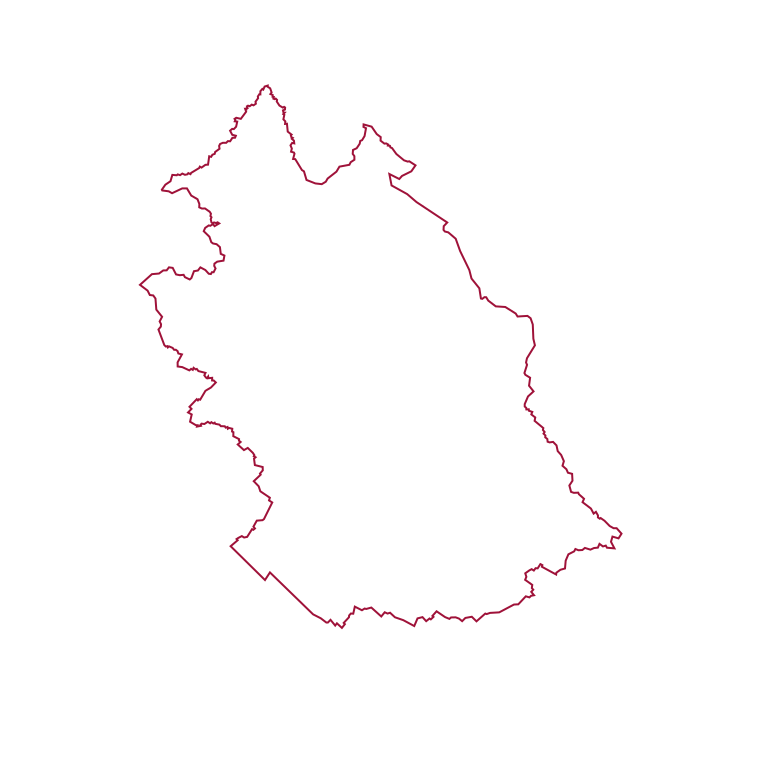 the district of Ban Khai, Rayong, Thailand, rotated 289°
{"feature_id": "78962969B77323566799689", "entity_name": "Ban Khai", "entity_type": "district", "adm_level": 2, "iso_a3": "THA", "parent_name": "Thailand", "parent_adm1": "Rayong", "projection": "natural_earth1", "projection_center": [101.382, 12.833], "detail": "fine", "context": "isolated", "style": "outline", "palette": "rose", "viewbox_px": 768, "rotation_deg": 289, "n_neighbors": 0, "source": "geoboundaries", "source_scale": "gbopen_adm2", "svg_char_len": 6166}
<svg xmlns="http://www.w3.org/2000/svg" viewBox="0 0 768 768"><g transform="rotate(289 384 384)"><path d="M609.7,314.8L609.8,313.0L611.1,312.1L610.7,310.0L611.8,310.0L612.2,307.8L611.4,306.1L613.0,301.5L616.4,300.5L617.9,295.8L623.3,288.5L622.8,280.2L620.4,280.9L620.0,283.7L612.1,284.9L607.4,283.9L606.1,282.4L603.2,282.8L598.0,281.4L595.2,278.5L591.4,279.5L589.8,281.8L586.4,283.0L582.9,280.3L580.0,279.9L575.0,271.1L569.3,269.9L559.9,263.8L556.3,263.1L552.7,260.1L551.3,253.8L551.7,244.3L559.0,239.1L559.6,236.7L567.7,226.9L567.2,224.8L572.6,224.4L573.5,223.5L573.4,220.5L576.6,220.2L579.2,217.9L582.1,218.7L582.3,220.8L584.8,219.6L585.8,217.0L587.0,217.6L587.2,216.1L588.9,214.9L589.7,215.4L591.3,210.8L598.5,207.5L597.7,205.8L600.2,205.2L601.5,202.7L606.1,202.1L606.4,200.9L608.2,201.7L607.9,200.6L609.8,199.4L611.3,201.0L613.2,200.5L613.5,199.3L612.4,198.4L613.2,194.5L616.2,190.6L617.8,190.4L618.6,188.7L617.7,187.8L617.8,186.5L619.5,186.4L619.3,185.1L621.0,184.7L621.2,182.2L623.1,182.8L626.5,180.1L627.2,177.2L628.3,176.9L626.4,174.3L623.1,174.0L623.4,172.9L620.6,171.8L617.6,172.8L617.4,171.8L614.8,171.1L613.2,171.9L609.1,170.6L607.3,171.6L605.0,169.9L605.1,168.0L602.9,166.6L602.9,164.8L601.9,164.0L600.5,165.1L600.0,164.2L599.1,164.5L598.9,163.2L596.6,165.0L588.1,162.3L587.6,157.6L586.0,156.4L585.3,157.5L583.8,157.4L584.3,159.8L579.1,160.4L576.1,159.0L575.8,157.4L573.4,156.0L570.2,159.4L570.5,163.1L568.4,163.0L567.4,160.5L563.4,159.5L562.8,157.3L560.7,156.3L559.6,153.1L557.6,150.9L555.4,150.6L552.9,151.9L548.4,148.8L546.5,149.0L544.9,147.1L542.5,146.6L542.4,144.6L534.1,146.2L533.1,143.8L529.2,141.0L529.6,139.1L528.0,138.9L520.8,132.9L519.4,132.7L519.7,130.3L518.3,129.9L517.0,127.7L517.3,124.8L515.1,123.2L515.0,120.7L513.9,120.1L512.8,115.8L506.2,116.1L501.3,112.4L495.4,110.7L494.8,111.3L496.1,117.7L495.4,121.5L503.3,129.6L504.8,134.0L499.4,140.4L498.0,147.5L494.1,150.8L490.9,151.8L490.6,154.7L491.7,157.6L490.1,163.1L488.7,164.9L486.3,165.2L485.5,166.6L483.4,166.5L480.7,168.2L480.0,169.9L481.4,170.7L481.5,172.8L482.7,174.0L482.2,175.9L478.1,172.4L479.5,170.3L477.0,168.2L476.9,166.7L473.4,164.1L469.8,163.8L466.4,171.0L461.9,174.5L461.2,176.6L461.7,180.2L460.0,184.3L453.9,187.3L453.5,191.3L448.4,192.1L445.4,186.5L442.6,184.5L440.4,185.0L438.4,187.1L434.2,186.5L433.7,184.9L431.6,184.5L431.2,182.4L433.6,178.0L434.5,172.4L430.7,171.1L428.8,167.6L421.5,167.4L419.6,166.3L420.2,161.0L422.0,159.0L420.4,155.5L419.9,151.7L425.0,146.4L424.3,142.7L420.7,141.5L419.5,138.3L415.2,135.3L412.3,128.8L398.3,121.0L395.3,130.1L391.9,133.6L392.6,137.0L390.4,140.1L380.2,144.5L375.3,152.3L370.1,151.5L368.0,153.7L365.6,154.3L362.1,153.0L349.3,163.6L348.4,165.5L349.2,166.7L348.2,167.7L349.6,168.4L349.3,172.4L348.0,174.4L348.6,176.0L347.9,178.1L345.9,179.6L346.2,183.3L337.3,181.8L333.4,183.2L334.3,187.8L333.5,195.5L335.5,196.7L335.1,198.6L337.3,198.7L336.5,201.1L337.3,202.1L335.8,204.3L336.4,211.6L333.7,211.3L332.1,213.6L331.8,214.7L333.8,215.3L332.3,216.1L333.9,219.5L331.4,220.3L331.9,221.8L330.7,224.5L324.3,221.5L319.5,217.4L309.3,215.3L309.3,213.9L307.9,213.4L308.7,211.9L299.1,207.5L297.8,210.1L293.3,208.0L292.6,212.1L285.2,212.9L283.8,219.6L284.3,221.1L282.9,221.1L284.9,224.6L285.7,223.8L287.1,224.4L287.7,227.2L290.9,229.7L290.2,232.4L291.7,233.2L291.1,235.4L292.3,236.5L291.4,237.4L292.0,241.6L291.0,243.5L292.2,247.2L291.2,248.5L292.4,250.0L290.9,250.9L292.0,251.8L292.3,255.1L289.6,255.8L289.4,257.3L285.6,258.5L284.7,264.9L283.2,265.3L282.5,267.3L279.2,265.4L275.9,273.1L279.2,276.0L276.2,282.4L274.5,284.6L273.3,284.4L272.9,286.4L271.1,285.4L265.3,288.3L266.0,296.3L262.9,297.5L258.9,295.9L258.1,296.9L249.7,292.5L246.5,298.8L242.3,302.0L239.3,313.1L236.5,313.2L235.6,316.9L217.2,314.5L215.7,313.5L213.4,308.2L206.6,307.0L205.4,309.0L203.6,307.9L203.8,306.5L194.9,304.4L193.3,301.7L193.9,299.1L191.1,296.4L189.4,295.1L188.6,296.5L180.7,291.8L159.9,335.3L168.7,337.5L143.1,392.0L141.9,400.5L139.7,407.1L140.2,408.6L143.6,410.2L139.7,416.5L142.4,417.4L139.7,423.6L144.2,425.2L145.0,423.7L152.0,426.8L153.8,426.4L156.2,427.4L156.8,429.7L164.0,428.9L162.9,436.8L165.4,438.8L165.5,440.4L168.5,444.8L163.3,457.1L168.4,459.0L168.1,462.1L169.7,464.2L167.0,470.3L167.0,479.1L165.0,491.4L173.3,492.0L176.1,496.3L173.5,501.1L177.1,503.4L176.7,504.9L179.9,506.6L180.5,505.3L186.2,507.7L183.5,517.6L183.2,522.3L185.1,523.4L186.7,527.7L186.6,531.3L185.2,535.1L189.3,537.1L192.5,542.8L189.7,548.7L199.9,554.5L199.9,556.0L202.1,558.8L205.6,567.3L217.8,578.7L219.4,582.7L229.4,587.2L229.6,591.0L231.6,592.0L233.1,594.6L235.4,590.9L238.1,592.1L239.2,590.2L242.3,589.6L244.8,581.2L248.0,581.4L251.0,579.2L255.2,582.2L257.0,583.9L256.4,586.4L259.2,587.3L259.7,589.3L264.6,590.5L264.3,592.7L262.6,592.8L259.9,608.8L261.7,608.4L265.8,611.3L268.5,615.2L276.1,613.3L283.0,613.8L287.7,618.3L290.3,618.7L290.1,621.9L291.6,625.6L294.4,627.3L294.6,633.1L297.3,636.0L298.9,639.5L303.0,639.8L301.7,643.9L303.4,646.3L301.8,648.1L303.6,655.4L308.7,650.0L314.1,649.7L314.4,656.0L319.8,657.3L323.4,650.9L322.4,648.0L323.2,643.6L326.5,637.0L327.8,632.5L326.9,631.9L327.5,629.7L329.4,629.1L332.1,626.0L329.7,624.4L333.6,620.2L336.9,610.2L340.6,610.5L343.2,604.2L344.5,603.0L342.9,598.9L342.9,596.0L348.4,592.3L353.9,593.7L360.3,591.1L360.0,586.8L362.8,584.2L364.8,579.4L369.6,579.2L374.6,574.6L377.1,570.1L382.1,567.1L384.3,562.7L382.7,559.6L382.7,557.5L385.2,556.3L386.1,553.8L387.9,553.4L389.0,551.0L390.9,551.5L392.3,549.2L394.2,549.0L398.2,538.4L401.6,537.9L403.2,533.2L405.9,533.3L405.9,529.7L407.2,529.1L406.3,526.9L407.8,526.2L408.5,524.4L410.8,523.6L419.1,524.2L425.7,527.8L429.6,521.7L437.5,520.1L438.7,514.7L440.1,513.2L448.7,513.0L450.6,511.3L454.9,510.8L469.7,514.1L475.4,510.5L488.7,505.3L493.9,501.2L495.1,497.5L491.3,488.3L493.5,485.6L496.3,473.6L493.8,464.4L496.8,455.4L499.3,452.4L498.8,450.7L496.5,449.2L496.4,447.8L505.5,443.0L512.2,432.4L519.5,427.6L534.5,412.7L544.7,404.5L548.3,395.4L548.0,391.9L549.1,390.1L552.7,389.1L557.3,391.2L566.6,355.5L571.1,344.1L574.2,326.5L584.3,320.7L582.8,331.7L586.6,333.3L594.0,340.6L601.0,342.6L602.8,335.4L602.0,334.0L602.0,330.1L605.5,320.8L609.7,314.8Z" fill="none" stroke="#9f1239" stroke-width="2"/></g></svg>